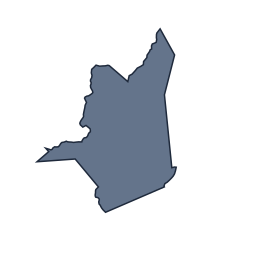 Jempol, Negeri Sembilan, Malaysia, rotated 48°
{"feature_id": "92858781B63970994898514", "entity_name": "Jempol", "entity_type": "district", "adm_level": 2, "iso_a3": "MYS", "parent_name": "Malaysia", "parent_adm1": "Negeri Sembilan", "projection": "robinson", "projection_center": [102.399, 2.869], "detail": "fine", "context": "isolated", "style": "filled", "palette": "slate", "viewbox_px": 256, "rotation_deg": 48, "n_neighbors": 0, "source": "geoboundaries", "source_scale": "gbopen_adm2", "svg_char_len": 1659}
<svg xmlns="http://www.w3.org/2000/svg" viewBox="0 0 256 256"><g transform="rotate(48 128 128)"><path d="M75.8,37.8L76.7,42.9L77.5,44.2L79.9,46.5L81.5,47.5L83.2,49.8L82.5,52.0L81.8,53.7L82.7,55.6L85.1,57.6L84.7,59.1L85.6,60.9L86.6,65.1L88.3,66.9L89.0,71.9L91.2,74.2L90.7,77.3L89.7,81.0L90.2,84.1L90.7,89.0L89.9,92.1L93.4,97.1L69.1,100.2L67.9,101.0L66.6,103.3L64.7,105.6L63.1,107.7L59.9,109.7L60.1,113.0L60.1,115.7L62.5,118.4L64.9,119.6L66.4,121.5L67.0,123.4L68.0,124.5L69.6,125.0L70.7,126.2L71.3,127.5L73.0,128.7L75.2,129.3L76.6,129.5L78.2,130.5L78.3,131.9L78.0,134.2L77.7,135.8L76.8,137.2L76.3,139.1L76.7,140.3L78.1,140.8L78.3,140.9L81.2,141.7L82.4,144.6L84.0,146.5L86.5,150.0L88.2,152.2L89.5,153.1L90.1,154.0L90.5,156.0L90.9,157.6L91.5,159.3L92.2,160.6L93.7,161.3L97.1,161.0L98.0,157.5L103.1,156.7L104.4,157.4L105.6,158.5L105.5,160.0L106.0,161.7L106.7,162.8L107.1,164.1L107.1,165.5L106.4,166.5L106.0,167.5L106.2,168.9L106.8,170.8L107.4,171.6L106.2,173.0L105.3,173.9L103.7,176.1L102.3,178.1L100.5,179.6L99.1,181.0L97.9,182.1L96.5,182.7L95.8,184.8L94.5,186.8L94.5,188.3L95.2,190.7L95.3,192.4L94.1,194.0L92.9,195.1L92.6,197.2L93.1,198.8L92.6,200.0L91.6,200.5L88.0,202.7L92.5,202.7L92.2,218.2L115.7,188.0L152.0,189.4L152.2,193.0L152.9,194.1L154.5,195.6L155.5,196.9L156.5,197.8L157.7,198.3L159.6,197.0L160.9,196.8L162.2,197.4L163.0,198.8L163.9,199.6L165.3,200.4L166.7,200.3L168.4,200.8L169.6,201.1L172.1,201.3L175.6,201.1L196.1,140.4L195.3,140.2L194.0,137.8L194.5,135.3L194.5,132.6L194.3,129.0L194.0,126.6L193.2,124.1L191.6,121.4L189.4,118.4L188.1,119.6L186.8,122.0L127.7,78.7L104.9,44.5L75.8,37.8Z" fill="#64748b" stroke="#1e293b" stroke-width="1.5"/></g></svg>